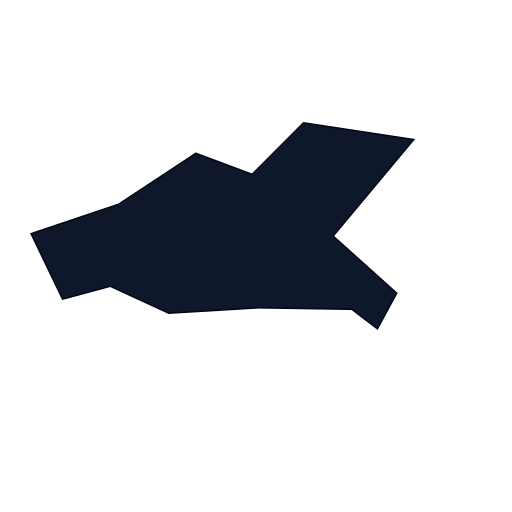 map outline of Beau Vallon (Natural Earth projection), rotated 244°
{"feature_id": "SYC-5205", "entity_name": "Beau Vallon", "entity_type": "state/province", "adm_level": 1, "iso_a3": "SYC", "parent_name": "Seychelles", "parent_adm1": "", "projection": "natural_earth1", "projection_center": [55.429, -4.605], "detail": "fine", "context": "isolated", "style": "filled", "palette": "ink", "viewbox_px": 512, "rotation_deg": 244, "n_neighbors": 0, "source": "natural_earth", "source_scale": "10m", "svg_char_len": 349}
<svg xmlns="http://www.w3.org/2000/svg" viewBox="0 0 512 512"><g transform="rotate(244 256 256)"><path d="M137.3,333.2L166.1,318.7L208.3,235.6L242.8,152.5L292.7,111.7L302.0,63.2L374.7,63.6L362.8,155.3L374.7,247.0L331.1,288.3L354.9,357.1L291.5,448.8L240.1,334.1L160.9,366.2L137.3,333.2Z" fill="#0f172a" stroke="#020617" stroke-width="1.5"/></g></svg>